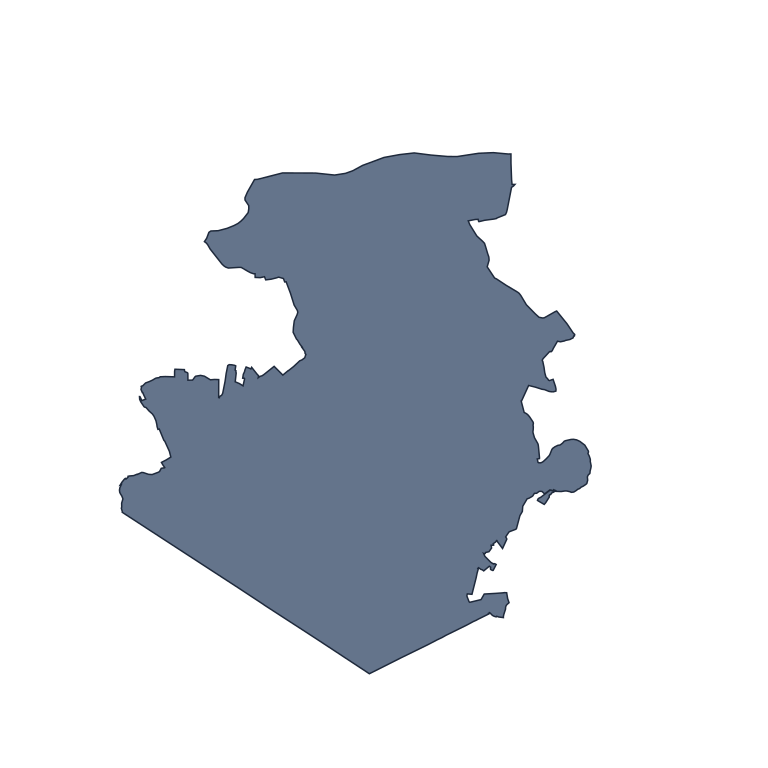 outline of Lipnita, Constanta, Romania, rotated 28°
{"feature_id": "2599482B13540904206543", "entity_name": "Lipnita", "entity_type": "district", "adm_level": 2, "iso_a3": "ROU", "parent_name": "Romania", "parent_adm1": "Constanta", "projection": "robinson", "projection_center": [27.564, 44.098], "detail": "fine", "context": "isolated", "style": "filled", "palette": "slate", "viewbox_px": 768, "rotation_deg": 28, "n_neighbors": 0, "source": "geoboundaries", "source_scale": "gbopen_adm2", "svg_char_len": 6158}
<svg xmlns="http://www.w3.org/2000/svg" viewBox="0 0 768 768"><g transform="rotate(28 384 384)"><path d="M388.1,121.3L385.5,122.7L371.9,128.4L359.2,135.9L342.0,148.7L333.7,153.1L318.0,159.8L302.2,165.8L290.1,174.1L277.6,184.0L262.5,201.0L256.2,210.5L251.1,216.1L242.3,222.7L224.5,229.9L195.3,245.3L176.2,262.7L173.7,264.2L173.3,278.7L173.8,284.8L174.9,286.8L180.8,290.0L182.3,292.7L183.6,296.4L182.3,303.9L181.2,307.4L179.7,310.8L177.1,314.6L172.4,320.2L165.6,326.5L159.3,330.2L158.2,332.3L159.0,338.5L158.6,342.6L161.1,343.0L163.1,343.9L167.2,346.5L184.7,354.2L187.3,354.9L189.3,355.1L192.1,354.7L200.9,349.3L203.2,348.1L210.8,348.4L210.6,348.4L213.8,348.4L217.1,347.9L218.4,347.2L220.2,350.4L224.8,348.2L228.1,345.4L230.7,347.6L235.2,344.4L239.2,340.8L240.8,339.1L245.7,338.1L248.4,340.5L249.6,339.7L258.8,347.8L267.6,356.5L272.9,359.7L274.2,361.1L274.7,363.5L275.1,370.3L277.4,376.4L279.5,381.0L285.6,385.4L286.9,385.8L291.2,388.4L294.4,389.8L294.1,390.1L298.8,392.4L300.1,394.2L301.1,394.5L301.7,398.1L300.2,401.3L298.7,403.1L296.0,411.0L293.3,417.2L293.1,417.2L290.5,423.6L278.7,420.0L273.5,432.1L272.4,434.1L271.3,435.1L270.7,436.0L270.0,437.5L269.4,435.6L267.3,434.9L259.3,431.4L259.4,433.2L258.7,433.2L254.3,433.7L254.6,436.8L255.1,438.8L255.2,441.4L256.5,445.2L258.0,444.5L258.5,444.9L260.4,451.8L256.2,451.5L251.6,451.9L248.3,443.6L247.6,443.0L247.1,441.8L246.0,441.6L244.6,437.6L243.5,437.6L240.6,438.5L238.2,439.6L237.4,441.1L239.7,448.8L242.4,456.2L245.9,467.8L246.0,469.5L245.8,470.4L244.7,472.3L245.1,473.4L244.4,473.6L236.0,457.7L232.3,459.5L228.7,461.8L221.8,461.4L218.0,462.5L214.1,465.5L213.7,466.5L213.3,469.8L213.0,470.5L209.1,472.7L206.0,467.0L205.6,466.5L204.8,466.3L202.5,466.6L201.9,466.2L201.0,465.0L192.5,469.1L193.1,471.0L195.7,476.0L187.4,480.1L183.0,482.7L182.3,484.1L180.8,485.1L179.6,486.2L177.8,489.2L175.6,492.1L173.0,495.0L171.8,498.9L171.1,499.5L170.7,500.1L171.4,500.8L172.0,502.9L174.6,505.0L174.8,504.8L175.1,504.9L176.9,506.4L180.7,509.2L178.0,512.3L174.4,509.7L174.0,509.9L175.5,512.3L177.7,514.0L182.8,516.7L183.3,516.8L185.0,516.5L185.8,516.8L189.1,518.1L193.6,519.2L196.1,520.5L199.9,523.5L202.5,526.5L203.6,528.1L205.7,530.2L206.7,529.3L216.0,537.0L217.4,537.5L226.1,544.2L230.1,548.6L227.4,553.2L224.3,557.7L226.8,559.3L229.7,560.7L229.7,560.9L226.9,563.0L226.9,566.5L226.4,567.6L221.8,572.8L218.5,574.3L213.1,575.2L211.6,575.8L208.7,579.6L208.4,579.5L206.0,582.4L202.3,584.8L201.3,585.7L201.8,586.4L200.8,589.1L199.9,588.8L199.4,590.1L198.7,593.8L198.5,597.1L199.3,596.3L199.5,599.8L199.8,600.6L200.0,600.8L200.1,601.7L201.5,603.7L202.7,604.6L205.1,606.0L207.2,607.8L207.5,608.4L208.3,612.4L210.2,615.8L210.4,617.0L213.2,619.9L213.2,620.2L354.4,632.7L380.9,635.2L382.2,635.4L443.2,640.7L507.1,646.7L527.2,618.3L545.6,592.9L551.0,585.0L554.3,580.6L556.7,576.8L570.4,557.8L574.4,551.8L576.3,549.4L577.4,547.7L584.5,537.8L584.0,537.5L584.5,537.0L584.4,536.4L585.2,536.4L588.3,537.4L590.2,537.4L592.2,537.0L592.6,536.7L592.5,536.3L593.8,535.9L594.6,535.9L599.1,534.2L598.6,533.3L598.0,531.3L597.0,525.7L596.2,524.1L596.0,523.2L595.9,522.2L596.1,521.0L597.1,518.4L593.9,515.4L590.3,510.7L588.2,511.7L587.0,512.6L580.8,516.5L571.1,522.4L570.9,528.8L562.2,536.5L561.3,536.3L557.5,533.0L556.6,532.1L556.1,530.2L560.4,528.4L556.3,511.7L555.0,507.3L554.1,503.2L553.4,502.9L553.7,501.8L556.6,502.2L558.0,501.9L559.8,502.2L562.5,495.5L564.2,495.7L564.7,497.1L565.2,497.7L567.3,497.7L567.9,497.3L567.8,490.7L566.8,490.6L565.5,490.9L565.4,491.4L564.9,491.5L562.0,491.3L554.0,488.8L551.6,486.9L552.4,486.9L552.8,486.4L552.9,486.0L552.7,485.2L555.4,482.8L556.0,478.3L554.3,476.1L556.4,474.9L556.5,474.7L555.4,473.7L556.7,471.2L556.9,469.3L557.2,469.2L558.0,469.9L565.9,473.6L565.3,463.4L564.8,462.8L563.2,461.9L563.8,456.1L564.2,455.4L568.4,450.6L568.7,450.2L568.8,449.3L565.8,436.4L566.0,431.6L563.9,426.8L564.3,418.1L565.5,417.0L567.3,414.2L567.9,413.0L568.1,410.0L570.1,408.8L571.4,406.0L572.7,405.2L574.1,404.7L577.4,405.7L580.2,399.6L583.1,398.8L583.8,398.3L583.9,398.0L583.7,397.7L584.8,397.6L583.6,398.9L580.6,399.7L580.3,400.1L575.7,410.2L574.2,412.4L574.0,413.0L574.0,413.9L574.2,414.8L582.0,415.1L582.5,412.9L583.0,406.3L582.2,404.8L582.4,404.0L583.0,403.5L583.5,400.8L584.3,400.2L585.3,398.5L590.9,395.8L594.1,393.4L595.8,392.6L599.2,391.7L600.1,391.8L602.3,390.3L603.8,387.7L604.5,386.0L605.8,384.5L606.5,382.5L607.8,380.8L609.2,378.2L609.8,376.7L609.0,373.3L607.2,370.6L607.0,368.9L607.2,367.8L607.7,366.7L607.7,366.0L606.9,364.2L606.0,360.7L605.4,359.1L602.4,355.4L601.9,354.2L601.2,353.3L599.1,351.3L596.7,349.6L596.5,348.0L595.8,347.2L590.0,343.7L583.8,342.7L580.3,342.9L578.4,343.5L577.4,343.8L575.2,345.1L570.9,348.8L570.0,349.9L569.4,352.4L568.4,354.6L567.8,355.5L566.4,356.4L564.3,359.3L563.7,360.6L563.4,361.0L563.0,362.5L563.0,363.5L563.5,368.0L563.5,369.6L562.4,373.7L561.0,377.7L560.2,379.1L559.3,380.1L557.6,380.9L556.8,380.9L554.5,378.2L556.3,376.9L555.8,375.9L550.0,367.1L548.8,365.4L547.8,364.4L542.1,360.8L538.6,357.2L537.9,356.2L537.1,354.1L536.0,351.8L534.9,350.3L534.4,348.7L533.6,347.7L528.3,344.8L526.0,343.8L523.9,343.3L521.1,343.3L513.1,334.6L513.4,334.3L512.4,317.4L519.2,315.7L525.9,314.5L528.4,313.6L533.1,313.1L535.2,312.4L537.2,311.4L539.1,309.6L538.3,307.8L536.5,305.6L531.1,300.5L528.5,303.3L527.5,303.4L526.1,302.6L523.7,301.8L520.6,298.5L517.5,294.2L513.5,289.4L512.8,289.1L512.5,288.4L512.6,286.8L515.0,277.7L515.6,277.2L516.3,277.2L516.9,275.7L516.8,272.9L517.1,264.8L520.0,263.9L523.3,261.1L523.7,260.4L527.3,257.4L529.3,254.5L529.1,253.5L529.5,252.2L529.1,252.1L529.3,251.2L529.1,250.7L527.0,250.1L517.3,244.9L502.2,238.5L501.2,239.7L494.5,250.2L493.2,251.2L489.5,252.3L484.5,251.0L472.5,247.2L463.4,241.7L460.8,240.5L459.1,240.2L445.4,239.5L434.1,238.4L431.9,238.5L420.1,232.1L418.7,225.4L417.7,223.8L416.9,222.6L414.3,220.2L409.5,215.3L406.7,212.6L404.4,211.8L396.4,209.7L384.9,203.0L381.8,200.4L387.3,195.9L389.8,194.4L391.1,195.9L391.6,196.1L396.0,192.2L403.7,186.7L405.7,185.0L405.8,184.4L411.7,177.4L411.6,175.0L410.9,172.1L404.3,150.5L405.4,148.4L405.9,146.3L403.4,147.7L400.8,143.8L392.5,129.5L388.1,121.3Z" fill="#64748b" stroke="#1e293b" stroke-width="1.5"/></g></svg>